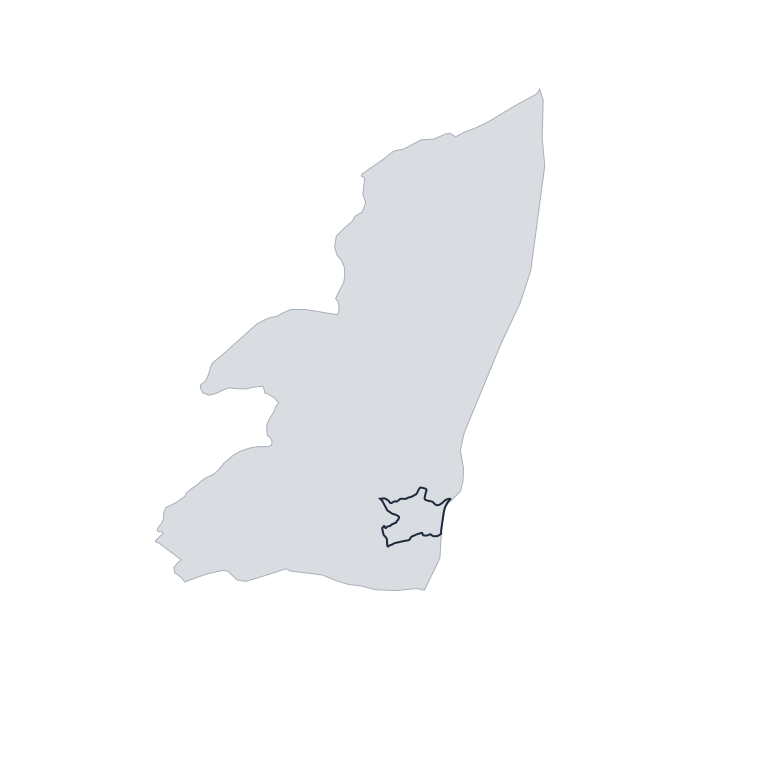 Bomi highlighted on a map of Liberia, rotated 242°
{"feature_id": "LBR-783", "entity_name": "Bomi", "entity_type": "County", "adm_level": 1, "iso_a3": "LBR", "parent_name": "Liberia", "parent_adm1": "", "projection": "equal_earth", "projection_center": [-10.785, 6.699], "detail": "fine", "context": "in_parent", "style": "outline", "palette": "slate", "viewbox_px": 768, "rotation_deg": 242, "n_neighbors": 0, "source": "natural_earth", "source_scale": "10m", "svg_char_len": 3864}
<svg xmlns="http://www.w3.org/2000/svg" viewBox="0 0 768 768"><g transform="rotate(242 384 384)"><path d="M182.9,322.8L188.1,316.9L195.7,298.1L206.4,279.9L216.3,269.1L224.2,258.0L232.6,249.6L244.5,239.7L262.8,213.6L267.0,210.6L270.0,192.5L274.5,169.5L279.8,162.4L292.2,158.2L295.1,154.2L299.5,138.0L302.3,119.2L302.6,115.1L307.5,114.6L315.8,110.6L320.7,112.4L322.8,117.8L324.0,122.4L349.3,110.6L351.5,108.2L352.9,108.6L356.0,119.2L357.9,118.6L359.4,115.5L361.1,115.2L363.1,116.6L365.1,121.6L368.3,126.0L373.8,129.1L377.3,133.4L376.9,144.7L378.3,155.7L380.6,158.2L381.9,164.8L382.6,172.0L383.9,175.8L384.8,183.1L384.4,190.9L385.4,196.4L389.4,205.9L391.9,217.9L392.0,226.3L390.5,235.2L387.8,243.4L383.1,252.3L382.7,255.8L385.5,258.1L389.8,258.5L393.3,256.7L402.3,260.8L407.1,266.6L411.2,273.9L414.9,277.5L416.6,282.1L423.0,280.8L430.4,276.4L431.9,274.4L434.1,275.5L438.9,275.9L442.2,268.0L444.9,258.9L450.6,249.1L453.5,245.3L454.2,239.0L454.5,230.8L456.5,223.8L461.3,219.9L466.4,220.0L469.2,221.4L470.6,228.2L474.7,233.4L478.2,237.0L480.1,238.5L483.1,242.5L485.9,256.3L496.9,300.8L496.4,313.0L494.2,321.1L494.2,328.9L493.5,336.7L486.8,349.4L467.0,375.4L468.6,377.6L473.3,380.6L478.1,382.1L482.1,381.3L487.0,387.8L492.4,396.0L498.0,400.2L506.2,404.0L513.3,404.4L519.4,403.0L527.9,404.6L537.0,411.3L540.3,422.5L542.5,432.2L545.7,437.2L546.1,445.6L552.6,453.0L561.8,454.5L573.8,463.1L576.9,462.7L578.2,461.6L579.7,463.2L582.7,488.3L585.1,501.6L583.8,506.9L582.2,511.1L582.2,531.4L576.8,543.0L575.9,555.7L574.4,559.9L568.6,563.5L568.6,573.3L567.1,585.2L566.5,597.7L568.2,630.6L568.5,655.2L571.1,659.8L559.9,657.8L526.7,639.0L501.1,628.3L415.5,567.0L391.7,542.4L364.3,505.8L303.4,432.1L289.5,420.2L272.0,414.5L261.2,408.2L253.5,401.4L247.3,381.0L232.1,368.8L204.0,351.6L182.9,322.8Z" fill="#d9dde1" stroke="#a8b0b8" stroke-width="1"/><path d="M251.5,389.3L249.7,384.6L246.5,380.0L242.7,376.5L227.3,365.3L225.0,364.2L224.7,362.6L224.6,360.9L224.7,359.9L225.0,358.9L225.8,357.3L226.3,356.5L226.8,355.9L227.2,355.6L228.2,355.0L229.2,354.7L229.6,354.2L229.8,353.4L229.9,351.7L230.2,350.5L230.9,349.1L231.3,348.4L231.8,347.9L232.2,347.6L232.6,347.5L232.9,347.4L233.3,347.5L234.1,347.9L234.5,347.8L234.7,347.5L234.9,347.2L235.1,346.3L235.9,342.2L236.0,339.6L236.3,337.5L236.0,336.0L235.7,335.2L234.7,333.8L234.5,333.0L234.6,332.0L235.9,328.3L238.4,319.0L238.6,317.9L238.4,316.5L238.5,315.4L238.9,312.9L238.5,311.4L239.3,311.0L239.9,311.0L245.3,313.6L246.5,313.7L248.6,313.5L250.4,312.9L250.9,312.9L251.3,312.9L257.4,314.6L257.9,315.3L258.1,315.8L258.1,316.3L258.2,316.7L258.4,316.9L258.6,317.2L258.5,317.5L258.2,317.6L256.7,317.5L256.3,317.6L256.1,317.8L256.0,318.1L256.1,318.6L256.3,319.1L256.4,319.5L256.5,319.9L256.5,320.3L256.3,321.2L256.1,321.7L256.0,322.1L255.9,322.5L255.8,322.9L255.9,323.2L256.1,324.2L256.3,324.6L256.4,325.2L256.4,325.7L256.1,326.2L256.1,326.6L256.2,327.5L256.2,327.9L256.0,328.7L255.9,329.1L256.0,329.8L256.8,330.7L257.0,331.0L257.1,331.5L257.3,332.1L257.6,332.8L258.3,333.8L259.0,334.7L259.6,334.8L260.5,334.6L262.2,333.6L263.2,332.8L264.0,332.1L265.0,330.9L265.8,330.3L270.9,327.6L281.6,327.6L284.5,326.7L283.0,330.3L282.3,331.3L280.9,332.1L278.9,333.2L276.3,333.6L275.6,334.1L275.4,335.3L275.5,337.1L275.3,338.7L274.6,339.4L274.2,340.1L274.4,341.7L274.9,344.4L274.5,345.6L272.9,348.2L272.3,349.4L272.4,349.5L272.3,352.0L272.1,352.8L271.8,354.1L271.6,354.8L271.5,356.2L271.6,360.7L272.0,361.7L274.6,365.2L275.4,366.8L275.4,367.7L274.3,369.2L272.0,371.6L270.9,371.9L269.3,370.9L269.0,370.4L268.6,370.0L264.7,366.6L263.8,366.1L263.3,366.0L262.7,366.1L262.0,366.4L261.1,367.2L260.2,368.1L258.7,370.0L257.3,371.5L256.9,371.7L254.6,372.3L253.4,372.8L252.3,373.7L251.8,374.4L251.5,375.1L251.4,375.9L251.4,377.1L251.5,378.2L251.6,379.2L252.5,382.9L252.7,384.0L252.6,385.6L251.5,389.2L251.5,389.3Z" fill="none" stroke="#1e293b" stroke-width="2"/></g></svg>